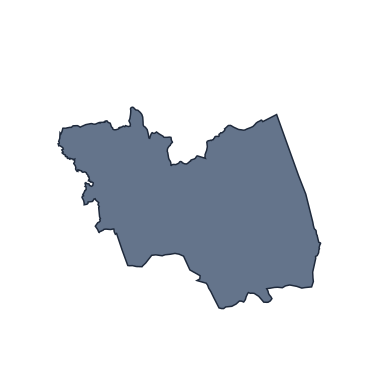 Eloxochitlán, Puebla, Mexico, rotated 199°
{"feature_id": "50627088B39067728533563", "entity_name": "Eloxochitlán", "entity_type": "district", "adm_level": 2, "iso_a3": "MEX", "parent_name": "Mexico", "parent_adm1": "Puebla", "projection": "mercator", "projection_center": [-96.905, 18.503], "detail": "fine", "context": "isolated", "style": "filled", "palette": "slate", "viewbox_px": 384, "rotation_deg": 199, "n_neighbors": 0, "source": "geoboundaries", "source_scale": "gbopen_adm2", "svg_char_len": 6009}
<svg xmlns="http://www.w3.org/2000/svg" viewBox="0 0 384 384"><g transform="rotate(199 192 192)"><path d="M290.3,146.4L289.8,144.8L287.4,146.2L286.7,147.3L287.0,148.7L283.3,150.5L283.1,151.1L282.9,151.1L282.4,153.0L282.4,153.4L281.4,154.1L280.8,153.3L278.6,152.3L276.8,151.6L276.8,149.5L274.9,147.9L275.2,147.0L271.3,138.4L269.9,137.0L270.4,136.2L269.4,134.8L269.9,133.5L271.1,132.3L272.3,128.2L269.0,125.8L267.0,123.6L266.6,123.5L266.0,124.8L264.8,125.7L264.7,126.1L264.3,126.3L263.7,126.8L263.1,128.0L261.3,128.9L256.8,130.0L254.4,131.4L253.8,131.5L252.6,129.1L250.7,127.1L249.8,128.2L239.1,114.3L228.8,101.6L227.2,101.9L224.4,103.0L220.4,103.4L214.9,105.1L214.5,106.3L212.7,109.7L209.5,119.0L205.8,120.8L199.4,122.0L197.0,123.9L192.4,126.0L188.1,128.4L184.0,129.0L179.1,128.6L168.6,117.6L157.1,115.5L156.3,112.4L158.5,109.9L148.9,110.4L146.9,109.0L144.9,106.5L141.8,104.0L136.8,99.0L128.7,91.2L126.1,91.4L124.1,92.1L122.7,94.3L117.1,96.9L115.2,99.0L113.9,100.3L111.7,104.3L109.7,104.9L107.3,104.8L106.5,107.6L106.7,110.6L106.3,114.1L105.9,115.3L103.9,115.2L102.3,115.9L100.2,116.4L94.9,115.1L88.3,111.2L85.5,112.0L84.2,112.5L82.5,114.5L81.7,117.2L83.5,118.8L85.4,119.9L86.7,121.1L87.8,123.0L89.9,124.9L87.3,126.2L83.0,128.6L80.1,129.8L75.4,130.9L73.0,133.7L69.3,135.9L62.2,136.9L56.9,136.9L54.1,138.4L48.0,141.2L48.1,146.9L49.6,150.0L51.8,155.5L53.4,169.5L54.2,171.3L52.9,172.7L52.5,175.7L53.2,178.7L53.0,179.8L53.3,180.0L53.7,180.8L53.9,183.0L54.0,183.6L53.8,183.8L53.9,184.3L53.7,184.6L53.7,185.3L53.8,185.5L54.2,185.7L55.2,185.7L55.6,185.7L55.8,185.8L56.5,186.8L56.8,187.4L57.9,188.9L57.9,189.2L58.6,190.1L59.5,191.7L59.9,192.1L60.5,192.5L62.1,195.8L62.9,196.4L64.0,196.8L64.9,197.7L66.3,199.8L67.9,202.7L83.7,227.0L96.3,241.8L137.2,292.8L148.0,281.6L149.6,282.6L150.1,282.4L151.1,281.1L152.7,279.6L153.8,278.0L154.5,276.2L155.6,273.9L157.2,272.3L160.8,269.3L162.0,268.0L163.2,267.3L164.1,267.1L165.4,266.9L168.2,266.3L169.5,266.4L171.1,266.6L172.4,266.7L174.0,266.9L176.3,267.4L177.2,267.5L179.1,266.8L179.6,266.2L180.6,264.2L181.7,262.3L181.3,262.1L181.2,261.6L181.2,260.8L181.6,260.0L182.7,258.0L183.5,257.5L184.1,257.4L184.5,256.4L184.8,255.9L185.2,255.4L185.2,255.2L185.1,254.9L184.9,254.5L184.7,253.8L184.7,253.4L185.0,253.1L185.4,253.0L186.2,252.9L187.1,252.5L187.8,252.2L188.2,251.8L188.3,251.5L188.4,250.4L188.8,249.5L188.9,248.6L189.3,248.2L189.9,247.9L190.1,247.7L190.3,247.1L190.6,247.0L191.4,247.0L191.7,246.6L192.9,246.0L193.3,245.6L193.6,245.4L194.0,245.0L194.1,244.4L194.2,243.8L193.8,243.1L192.2,239.7L191.7,235.9L191.8,233.7L191.8,231.4L191.3,230.4L191.3,230.1L191.2,229.4L190.9,228.9L190.3,228.2L198.6,227.9L199.1,227.6L199.3,227.1L199.8,225.0L200.6,224.0L201.5,223.3L202.5,222.6L203.4,221.8L203.5,221.3L203.4,220.7L204.1,220.2L204.7,218.9L205.5,217.7L206.2,216.8L207.9,216.3L209.2,216.3L209.8,216.5L210.4,216.4L210.8,216.5L211.4,217.1L212.4,217.2L213.0,217.0L213.5,216.4L213.8,215.2L214.3,214.5L215.2,213.7L215.9,212.9L216.6,212.5L217.2,212.4L218.3,212.1L218.9,211.8L219.5,211.5L220.3,210.3L220.5,210.3L221.6,212.8L222.5,214.0L224.0,215.1L225.1,216.4L227.8,221.4L228.6,222.3L229.2,224.6L229.1,226.1L228.5,227.9L228.2,228.5L227.8,228.9L227.7,230.3L227.3,231.5L226.8,232.3L226.7,232.7L227.2,233.3L228.0,233.8L228.4,234.5L229.0,235.3L229.2,236.1L229.7,236.8L231.1,236.6L233.3,235.6L235.0,235.0L235.9,234.7L236.7,234.7L237.5,235.3L242.3,236.3L245.1,237.2L245.9,236.1L246.3,235.5L246.9,235.1L248.0,234.9L248.7,235.2L249.3,234.7L249.5,233.4L249.6,232.2L249.5,229.0L250.4,229.1L251.6,231.5L253.0,233.8L254.7,236.4L257.3,238.1L258.8,238.4L259.7,239.1L260.3,240.2L261.0,242.1L263.0,246.8L264.7,249.0L266.8,250.4L268.3,251.0L269.6,251.6L270.2,251.6L271.7,251.3L273.6,252.1L274.6,252.7L275.6,252.9L276.8,252.2L277.2,251.4L277.2,250.5L276.4,249.1L275.8,247.1L275.3,245.0L274.6,241.1L274.8,238.7L273.1,237.0L272.3,236.1L272.3,235.6L272.1,234.9L271.8,234.4L273.2,233.3L274.4,233.1L276.5,233.1L276.8,231.9L278.5,231.9L279.2,231.0L280.3,229.9L280.9,229.9L281.5,229.4L281.9,229.0L281.4,228.7L282.4,227.4L284.2,226.1L285.4,225.6L286.6,225.5L287.4,225.8L287.9,226.7L289.4,227.4L291.7,230.4L293.5,230.5L293.9,230.5L295.6,231.6L297.1,230.8L296.8,230.2L297.3,229.8L297.3,230.0L297.7,229.8L297.5,229.4L297.9,229.2L298.0,229.3L298.7,229.0L299.1,228.8L300.5,228.3L301.5,227.9L301.3,227.5L301.4,227.3L301.8,227.6L302.6,227.3L302.9,226.9L303.3,226.7L305.6,224.6L305.9,224.5L307.3,224.1L308.5,224.1L309.6,223.9L314.4,221.1L318.7,217.1L318.8,216.9L321.1,217.4L322.1,217.4L325.9,215.9L326.5,215.1L327.0,213.9L327.4,213.7L327.6,213.6L328.1,213.6L328.5,213.4L331.1,211.9L331.9,211.3L334.3,210.5L334.9,210.2L334.6,207.0L334.9,204.1L336.0,204.9L334.5,199.7L334.5,196.3L333.7,195.8L333.4,194.5L333.7,194.4L333.8,194.1L334.2,194.0L333.5,192.9L333.0,192.3L332.7,192.6L332.0,192.7L331.2,192.6L330.2,192.3L328.7,191.9L327.6,190.7L328.8,189.4L327.6,188.4L326.8,187.8L327.5,186.7L325.8,186.0L324.9,185.8L323.8,185.7L323.6,185.1L323.2,184.4L322.5,184.5L322.4,184.7L321.4,184.6L321.2,183.8L321.0,183.5L320.2,183.3L319.7,183.8L319.2,183.9L318.4,183.2L318.1,183.2L317.9,184.1L315.1,184.3L314.7,183.8L313.6,184.9L313.5,184.2L312.7,181.9L313.2,180.7L313.1,180.4L310.9,178.9L309.8,177.2L309.6,175.9L308.6,174.9L307.5,174.2L307.4,174.5L306.6,174.4L306.9,175.5L306.4,175.7L306.6,175.9L305.3,176.0L305.2,175.8L303.3,176.0L303.0,175.5L302.8,175.3L301.7,175.1L300.6,175.7L300.1,176.1L298.1,175.8L297.6,174.9L296.2,174.3L295.8,173.8L295.5,173.2L294.8,173.1L294.9,172.7L294.0,172.1L293.3,170.8L293.1,170.5L293.7,169.8L293.6,168.9L293.0,169.1L292.4,168.8L292.0,168.8L291.6,168.6L291.3,168.9L291.1,168.4L289.4,168.8L288.4,168.5L288.3,168.4L288.0,165.9L288.1,165.7L288.9,164.6L291.1,164.9L291.8,165.9L292.1,166.1L293.3,165.9L294.2,165.6L295.4,166.3L296.0,165.5L294.9,163.7L294.7,162.6L294.8,162.4L293.9,162.4L292.9,159.9L293.2,159.4L293.3,158.7L293.8,158.5L293.9,156.0L294.4,154.1L293.6,153.5L293.3,153.1L294.3,152.3L294.2,151.0L291.8,148.8L291.0,147.6L290.4,146.4L290.3,146.4Z" fill="#64748b" stroke="#1e293b" stroke-width="1.5"/></g></svg>